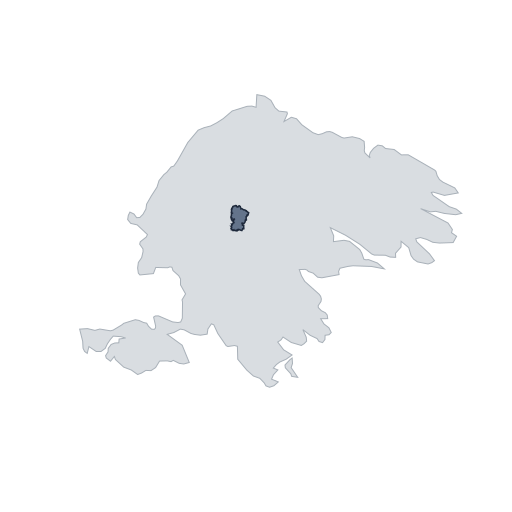 location of Tullamore Lea-7, Offaly, Ireland, rotated 225°
{"feature_id": "5873133B47279722730616", "entity_name": "Tullamore Lea-7", "entity_type": "district", "adm_level": 2, "iso_a3": "IRL", "parent_name": "Ireland", "parent_adm1": "Offaly", "projection": "albers", "projection_center": [-7.574, 53.293], "detail": "fine", "context": "in_parent", "style": "filled", "palette": "slate", "viewbox_px": 512, "rotation_deg": 225, "n_neighbors": 0, "source": "geoboundaries", "source_scale": "gbopen_adm2", "svg_char_len": 7319}
<svg xmlns="http://www.w3.org/2000/svg" viewBox="0 0 512 512"><g transform="rotate(225 256 256)"><path d="M314.8,93.9L306.0,100.2L304.6,102.6L302.2,112.2L301.9,114.9L296.3,125.6L293.2,127.7L288.4,129.5L285.8,131.2L282.4,130.3L278.1,130.4L276.0,132.3L276.1,133.8L277.4,135.5L285.2,140.4L284.8,142.4L282.6,144.7L268.4,150.4L264.1,153.8L262.6,156.1L264.1,159.9L275.4,171.5L277.3,172.7L279.0,179.4L289.0,182.2L293.1,186.4L296.7,187.4L304.4,187.0L307.5,188.6L309.2,187.4L310.2,185.2L318.8,177.0L316.1,171.0L324.7,160.5L327.1,160.7L331.2,163.8L334.6,168.2L335.7,174.0L339.0,179.3L341.0,181.1L346.6,182.1L347.9,184.2L347.0,191.8L347.9,194.4L362.0,194.0L367.6,190.5L372.5,191.0L375.0,194.4L376.2,197.9L372.0,199.4L367.5,198.7L365.4,201.1L365.4,205.5L367.0,211.3L370.0,215.3L372.5,224.5L374.7,234.7L377.9,240.8L378.7,248.4L378.3,252.2L379.0,259.0L377.7,261.4L378.8,267.7L384.5,288.1L385.9,304.1L383.4,310.1L380.0,315.9L377.9,322.6L376.3,330.0L375.4,341.7L368.1,355.6L364.9,359.1L361.1,361.2L369.5,370.7L362.9,375.1L355.5,376.6L347.4,374.3L342.3,374.6L335.9,379.7L334.4,378.8L331.3,370.9L329.1,379.1L324.4,381.7L316.4,381.2L303.0,383.4L297.8,385.8L295.6,389.4L294.0,393.6L291.9,396.1L289.5,397.4L279.1,400.5L277.1,401.7L272.2,408.4L265.8,412.3L260.6,413.5L255.9,409.5L254.0,407.1L251.9,405.9L244.7,406.0L247.0,407.2L248.4,410.0L249.0,415.3L248.2,420.6L244.6,423.2L240.4,423.6L233.6,429.0L224.7,430.3L219.9,435.2L190.4,443.1L188.7,443.1L184.7,440.9L180.4,439.8L176.0,440.4L163.6,444.7L157.6,443.6L165.6,432.1L175.9,426.5L177.0,424.9L173.7,424.0L154.3,427.5L147.5,430.8L140.7,431.6L144.0,426.4L152.9,419.3L160.5,414.7L163.9,410.5L173.1,405.9L143.5,415.1L135.9,413.6L134.2,410.7L128.1,411.8L126.1,404.9L135.4,394.9L140.7,390.7L146.9,388.5L152.8,385.3L155.2,381.1L152.4,379.7L134.8,380.2L126.5,378.9L127.0,375.6L128.7,372.0L137.7,366.0L142.4,365.2L146.6,365.9L153.9,369.9L163.8,369.0L159.8,364.9L159.3,356.6L156.3,353.8L160.4,350.1L165.1,348.0L173.0,340.3L175.7,339.2L190.9,337.7L207.3,334.0L223.5,328.6L215.3,325.2L211.4,320.9L204.9,329.3L200.2,332.5L187.2,333.9L183.2,332.8L177.5,330.0L175.6,331.0L173.9,333.0L165.2,336.9L156.2,337.6L166.9,330.3L180.5,317.7L183.6,313.7L188.0,306.7L186.7,303.5L184.1,301.6L194.0,287.2L197.4,284.6L203.5,284.3L208.0,282.1L210.0,282.1L211.8,281.3L215.8,277.0L209.8,274.1L203.6,272.5L184.3,273.6L181.8,273.2L179.4,271.8L177.9,269.8L176.9,264.8L175.5,263.6L171.2,263.5L166.9,264.9L163.9,264.6L161.0,262.4L165.9,257.4L159.9,256.0L153.7,256.8L148.7,255.1L148.7,251.9L151.1,248.8L148.2,245.7L147.7,241.8L151.0,240.1L154.4,240.8L161.7,238.2L170.8,237.1L163.1,234.1L160.0,231.6L160.0,227.9L160.7,224.8L169.9,219.8L179.6,217.8L179.0,214.3L179.8,210.5L170.1,209.2L160.5,211.5L161.7,204.3L164.2,197.9L164.8,193.7L164.5,189.0L160.0,190.9L159.7,184.4L157.9,179.9L151.2,182.7L151.6,176.9L153.6,172.8L157.1,171.2L160.5,172.1L166.8,172.2L173.0,169.3L181.9,168.8L195.9,170.1L205.3,179.0L207.9,177.5L211.9,172.1L213.7,171.5L228.2,174.2L237.2,177.5L239.6,176.5L238.4,170.4L235.3,166.2L239.3,160.7L244.1,157.0L247.3,155.2L254.6,153.0L257.8,150.8L260.0,143.7L263.4,137.8L245.1,140.7L227.9,133.5L230.7,128.6L234.4,125.8L240.7,123.7L241.4,121.2L244.6,119.1L249.9,113.5L248.1,106.1L249.2,100.7L253.0,97.2L254.2,92.2L255.9,88.5L263.6,87.2L270.9,83.9L282.2,83.4L285.1,84.8L284.5,78.7L289.8,78.0L291.9,79.2L292.8,83.5L295.2,86.3L295.9,91.0L294.3,94.7L291.6,97.6L294.1,100.5L290.2,105.8L294.4,103.5L300.3,98.4L300.0,94.2L299.0,88.9L297.3,84.1L298.1,78.8L301.4,75.5L310.1,73.8L306.5,67.8L309.7,67.3L313.1,68.5L318.2,73.1L329.0,79.6L323.8,85.5L317.3,89.5L314.8,93.9ZM158.7,206.6L158.3,209.4L154.2,205.8L152.2,201.9L140.7,199.7L145.7,196.1L148.0,197.3L156.2,197.7L158.4,199.4L158.7,206.6Z" fill="#d9dde1" stroke="#a8b0b8" stroke-width="1"/><path d="M301.9,266.9L301.7,266.6L301.4,265.9L301.2,265.9L301.0,265.6L300.9,265.5L300.5,265.7L300.2,265.6L300.2,265.8L299.9,265.8L299.7,265.8L299.7,265.7L299.5,265.3L299.5,264.9L299.6,264.7L299.2,264.6L298.7,264.3L298.4,264.4L297.6,264.1L297.5,264.8L297.6,265.0L297.4,265.1L297.5,265.2L297.5,265.4L297.4,265.5L297.4,266.0L297.5,265.9L297.5,266.1L297.8,266.2L297.8,266.4L297.7,266.6L297.4,266.3L297.1,266.0L297.0,265.5L297.0,265.2L296.8,264.9L296.6,264.7L296.4,264.6L296.1,264.3L296.0,264.0L295.9,263.9L295.8,264.1L295.6,264.1L295.7,263.9L295.6,263.7L295.4,263.6L295.6,263.4L295.6,263.2L295.4,262.7L295.4,262.3L295.3,262.2L295.3,261.8L295.5,261.6L295.4,261.6L295.5,261.4L295.4,261.0L295.4,260.9L295.2,260.8L294.9,260.8L294.9,260.6L294.5,260.2L294.6,259.9L294.5,259.6L294.4,259.5L294.5,259.4L294.4,259.4L294.0,259.0L293.8,259.0L293.7,259.0L293.5,258.9L293.4,258.9L293.2,258.9L293.1,258.7L293.0,258.4L293.1,258.2L293.1,257.8L292.7,257.8L292.5,257.6L292.4,257.5L292.3,257.4L292.0,257.2L291.9,257.4L291.9,257.5L291.7,257.6L291.4,257.6L291.2,257.7L291.2,257.8L291.0,258.0L290.8,257.9L290.8,258.0L290.7,258.1L290.8,258.2L290.7,258.3L290.4,258.4L290.1,258.3L289.9,258.1L289.6,258.4L289.6,258.5L289.7,258.8L289.4,258.7L289.2,258.7L289.1,258.8L288.8,258.7L288.9,258.8L289.0,259.0L288.9,259.2L288.8,259.5L288.6,259.6L288.3,259.5L288.2,259.6L287.9,259.8L288.1,259.9L288.0,260.2L288.0,260.5L287.9,260.8L287.5,260.6L287.4,260.8L287.1,260.8L287.1,261.2L286.9,261.7L286.8,261.9L287.0,261.8L287.2,262.0L287.4,262.2L287.3,262.3L287.2,262.4L287.1,262.5L286.8,262.6L286.7,262.7L286.7,262.8L285.3,263.3L284.6,263.6L284.0,264.0L284.3,265.0L284.3,265.4L284.7,265.7L284.8,265.9L284.7,266.0L284.3,266.2L283.9,266.7L284.6,267.3L285.2,267.8L285.4,268.0L286.3,269.0L287.0,268.6L287.2,268.3L287.3,268.2L287.4,268.3L287.6,268.5L287.8,268.7L287.7,268.9L287.8,269.1L288.0,268.9L288.4,268.9L288.5,268.9L288.7,269.1L289.0,269.1L289.2,269.3L289.1,269.5L288.6,269.8L288.4,269.9L287.5,270.5L287.6,271.6L287.6,271.8L288.0,272.6L288.2,273.0L289.0,273.8L288.7,274.8L288.3,274.7L288.3,274.8L288.6,274.9L288.8,274.9L289.1,274.9L289.7,276.0L290.1,276.2L290.5,276.4L290.6,276.5L290.8,276.8L290.8,277.0L290.7,277.2L290.6,277.4L290.6,277.6L290.7,277.8L290.7,278.0L290.8,278.1L291.2,278.3L291.1,278.5L290.9,278.6L290.9,278.9L291.2,278.9L291.3,278.9L291.3,279.0L291.1,279.4L290.9,279.5L290.8,279.3L290.7,279.3L290.6,279.2L290.6,279.4L290.7,279.5L290.9,279.9L291.0,280.1L291.2,280.4L291.3,280.5L291.5,280.8L291.7,281.1L291.7,281.4L291.8,281.5L292.3,281.4L292.9,281.1L293.0,281.1L293.8,281.2L294.1,281.1L294.3,280.9L294.5,281.0L294.5,280.9L294.8,280.8L295.2,280.9L295.5,280.8L296.1,280.8L296.5,280.7L297.1,280.1L297.4,279.9L299.4,279.5L299.5,279.4L299.7,279.2L299.9,279.0L299.9,278.9L300.0,278.7L300.3,279.0L301.5,279.5L302.0,279.8L302.1,279.7L302.5,279.8L302.8,279.7L303.0,279.7L303.3,279.7L303.5,279.3L303.6,279.1L303.6,278.9L303.4,278.2L303.4,277.9L303.7,277.6L303.8,277.5L304.0,277.4L304.1,277.6L304.3,277.6L304.3,277.4L304.5,277.3L304.7,277.2L304.8,277.2L304.9,277.4L305.0,277.5L305.5,277.7L306.0,277.4L306.0,277.2L306.3,276.9L306.4,276.7L306.5,276.4L306.6,276.2L306.6,275.7L306.6,275.8L307.0,275.4L307.3,275.2L307.3,274.9L307.3,274.7L307.3,274.4L307.2,274.3L307.0,274.0L306.8,273.8L306.9,273.0L306.9,272.9L306.8,272.5L306.6,272.5L306.6,272.4L306.2,272.1L306.3,271.9L306.3,271.7L306.1,271.7L305.9,271.5L305.8,271.2L305.5,271.0L305.1,270.4L304.8,270.4L304.2,269.3L303.0,269.6L303.0,269.2L303.3,268.8L303.4,268.7L303.1,268.3L302.4,267.7L302.1,267.2L301.9,267.1L301.9,266.9Z" fill="#64748b" stroke="#1e293b" stroke-width="1.5"/></g></svg>